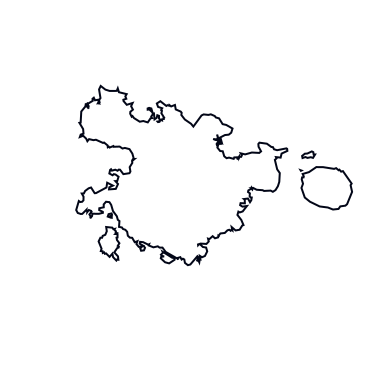 Nosy-Be, Diana, Madagascar, rotated 303°
{"feature_id": "10022922B66036521727834", "entity_name": "Nosy-Be", "entity_type": "district", "adm_level": 2, "iso_a3": "MDG", "parent_name": "Madagascar", "parent_adm1": "Diana", "projection": "orthographic", "projection_center": [48.268, -13.349], "detail": "fine", "context": "isolated", "style": "outline", "palette": "ink", "viewbox_px": 384, "rotation_deg": 303, "n_neighbors": 0, "source": "geoboundaries", "source_scale": "gbopen_adm2", "svg_char_len": 6079}
<svg xmlns="http://www.w3.org/2000/svg" viewBox="0 0 384 384"><g transform="rotate(303 192 192)"><path d="M214.4,59.1L209.5,56.7L209.7,55.3L208.3,57.6L207.9,56.0L206.9,56.9L206.8,58.6L205.7,60.0L207.0,55.4L205.6,56.0L199.2,55.3L189.6,60.8L188.7,59.9L185.5,66.4L181.9,69.2L179.5,67.4L177.0,68.0L179.9,70.1L179.1,74.2L177.6,76.6L180.3,76.9L181.8,81.1L183.5,83.0L184.7,90.7L185.6,91.3L185.1,95.8L183.7,97.0L184.7,97.5L184.4,98.7L187.7,101.0L187.2,101.6L190.7,106.6L190.6,110.0L192.4,111.7L193.9,116.2L191.7,121.1L188.6,124.6L187.4,124.6L188.3,125.8L185.3,124.9L183.9,126.1L178.9,126.2L175.6,129.2L173.7,129.3L169.6,124.7L171.5,119.5L170.9,118.4L169.3,118.0L168.9,115.5L166.3,113.2L167.0,111.7L165.9,111.3L162.5,112.6L162.8,116.3L164.4,116.7L165.0,118.4L164.8,122.1L160.5,123.3L159.4,121.8L158.4,125.6L153.1,126.4L149.0,121.0L150.9,120.1L154.3,122.2L153.6,115.8L149.2,117.8L138.8,112.1L138.0,111.0L140.8,104.9L138.8,103.3L134.7,101.8L131.9,102.1L130.7,100.4L129.0,103.6L125.9,105.5L124.0,105.2L122.7,103.7L122.8,102.0L113.8,104.7L112.2,107.6L113.0,110.7L113.9,111.9L119.5,113.1L118.6,113.5L119.3,114.5L118.2,115.1L120.7,115.3L121.2,117.7L120.8,118.5L117.3,118.2L116.2,120.3L114.5,121.0L117.4,121.3L119.5,120.3L123.1,125.9L126.0,128.6L126.8,128.0L126.3,124.0L127.9,123.1L131.1,126.3L133.5,124.7L137.0,125.2L138.5,128.3L137.2,131.2L133.0,136.1L130.7,142.2L128.3,144.9L128.1,147.0L123.0,149.8L124.1,152.6L123.4,154.2L124.0,156.7L123.3,159.3L120.4,162.0L119.9,164.7L121.0,166.8L118.7,171.3L121.0,173.0L118.1,173.7L117.0,177.2L119.4,179.9L116.5,179.3L115.0,181.3L116.9,183.5L119.6,183.0L120.4,181.0L120.2,176.3L121.9,175.6L123.3,178.3L124.0,184.0L124.8,184.5L123.6,184.8L124.6,189.8L127.8,192.9L127.7,195.1L129.3,197.5L127.4,202.6L128.2,216.2L127.6,217.2L128.9,215.9L131.0,217.7L129.7,220.1L131.1,220.7L131.2,222.3L128.7,224.7L128.4,228.4L130.3,230.1L141.1,231.5L140.8,232.8L136.5,233.8L138.5,233.9L137.0,236.4L139.8,235.1L140.0,235.8L142.7,233.4L142.7,235.9L145.4,237.7L150.5,237.1L153.1,234.1L151.8,231.0L152.5,227.6L152.0,226.3L150.7,226.1L151.3,225.6L153.4,227.3L156.3,232.4L159.6,233.0L161.6,230.9L161.9,232.2L166.2,233.4L165.7,236.5L168.2,238.6L169.5,238.0L169.2,239.2L169.8,238.1L172.7,238.4L175.5,241.8L179.2,242.6L180.6,243.8L180.5,245.5L181.9,245.7L181.8,246.7L184.2,244.4L183.5,249.5L186.3,252.5L191.2,252.4L192.3,253.2L195.4,248.6L197.5,242.6L200.8,241.6L200.9,243.2L203.3,245.1L210.2,245.7L207.2,242.3L207.2,239.5L209.1,238.8L211.3,242.5L214.3,240.4L214.4,239.4L217.0,242.5L215.0,246.2L217.4,246.2L219.9,245.1L219.3,244.0L219.9,242.6L222.4,241.3L222.5,239.0L224.0,238.4L227.2,239.9L226.9,241.2L227.2,241.1L227.8,239.7L228.1,239.6L227.6,240.8L228.3,241.3L228.1,240.2L228.7,240.9L229.1,245.0L232.0,250.3L232.1,251.8L236.0,257.2L236.2,259.7L239.1,261.0L243.6,260.9L248.0,259.7L255.7,255.3L257.4,251.1L264.1,244.0L266.2,244.6L267.0,243.4L269.1,247.6L273.0,246.2L278.4,249.6L280.0,248.3L280.0,247.4L273.4,240.6L272.5,237.5L273.7,235.5L273.0,234.0L273.3,228.5L270.1,221.7L268.4,221.5L266.2,223.2L263.7,227.8L261.4,227.1L257.7,220.7L252.5,216.1L251.0,211.9L250.0,213.8L248.3,214.1L247.5,212.8L246.4,212.9L247.4,212.2L243.8,212.1L246.2,211.7L244.0,208.6L242.5,208.9L241.0,204.3L239.2,202.6L239.5,199.6L242.9,195.6L241.7,193.3L243.1,189.1L245.6,188.4L246.0,187.5L245.1,187.2L245.7,186.5L247.7,186.5L246.5,187.5L248.1,190.0L248.9,189.5L248.6,187.7L250.6,187.1L249.7,186.0L248.4,183.2L248.0,180.9L250.9,187.0L249.1,188.4L249.3,190.5L252.6,186.8L250.6,184.1L251.9,184.0L253.1,182.4L253.9,181.8L251.2,184.9L257.7,188.6L260.1,191.6L263.1,192.6L267.3,191.4L266.9,184.2L265.6,180.7L268.5,174.6L267.5,171.4L268.1,169.7L267.4,165.5L265.6,163.8L263.4,159.5L261.4,158.3L247.6,157.5L248.7,154.1L248.9,146.5L250.8,141.1L252.8,140.2L253.3,138.8L252.4,133.4L255.7,130.3L252.4,127.9L252.6,125.6L251.9,125.8L251.4,124.1L250.2,123.6L250.9,116.0L247.1,114.3L244.9,117.2L246.0,121.4L243.9,121.5L243.7,122.6L241.4,123.4L238.8,129.0L239.0,127.6L237.9,128.6L236.4,127.1L235.7,127.8L235.4,126.4L233.1,126.5L232.1,125.4L232.3,124.7L233.4,125.9L235.1,126.1L235.7,124.3L237.9,122.8L237.5,121.1L235.0,122.0L232.5,121.0L237.2,117.3L236.5,116.4L239.9,112.4L239.2,110.2L237.9,109.3L236.9,110.0L238.0,111.2L237.2,115.4L236.0,116.8L233.1,116.7L232.2,118.2L231.2,117.1L226.3,117.0L225.0,112.5L222.5,109.9L222.4,103.1L223.3,100.7L222.3,100.4L224.0,97.5L225.7,96.6L228.9,97.6L230.8,94.2L234.3,93.7L229.6,89.8L231.0,85.0L232.0,84.2L234.4,86.1L235.9,84.0L238.5,83.9L235.9,76.4L238.5,73.3L235.8,73.8L231.9,67.9L230.7,63.6L231.2,57.7L227.4,58.2L220.9,64.1L218.6,64.0L217.1,65.4L216.5,65.6L216.3,65.4L216.3,64.8L215.2,64.8L215.6,65.3L215.5,65.6L215.1,64.8L216.2,64.6L216.8,65.4L217.8,63.5L218.6,63.4L216.1,60.7L217.6,58.3L216.0,57.8L214.4,59.1ZM272.4,279.3L267.4,275.0L265.9,277.3L265.0,277.6L264.2,276.4L262.4,277.1L259.4,280.6L255.0,281.6L248.8,289.6L248.1,296.2L249.4,306.9L253.0,314.4L254.1,319.8L257.6,324.1L260.7,324.2L264.1,328.1L266.3,328.7L279.3,326.2L284.1,321.3L286.0,321.3L291.7,307.2L290.3,306.0L291.0,303.5L290.1,303.1L290.5,299.9L288.8,298.6L284.2,288.3L280.6,282.7L272.4,279.3ZM118.7,144.6L115.9,139.1L112.7,141.9L108.9,142.6L106.6,141.0L104.7,141.5L103.8,140.1L99.7,140.6L95.2,147.0L92.8,147.7L93.6,149.3L92.3,150.4L93.5,151.2L92.7,152.6L93.7,153.4L92.7,158.2L96.9,158.8L94.4,161.3L93.3,165.9L94.7,166.0L95.1,167.1L97.7,165.0L99.1,159.7L104.2,159.8L105.4,160.7L106.3,160.4L106.3,159.1L109.5,159.0L110.9,155.2L112.6,153.6L113.3,154.3L116.1,152.5L115.1,150.7L116.5,151.1L116.1,150.2L117.6,149.6L118.1,147.3L119.0,147.3L118.0,146.3L118.7,144.6ZM126.1,211.2L125.9,199.9L125.3,200.8L122.5,200.1L122.0,201.4L122.8,203.7L120.8,201.5L119.4,201.9L118.4,207.7L119.7,211.7L125.7,214.3L127.1,213.4L126.1,211.2ZM287.1,267.8L285.6,265.8L282.2,264.7L280.7,266.2L283.1,268.1L283.5,270.3L285.9,272.7L286.5,274.9L290.5,274.8L289.7,273.6L291.5,272.0L291.3,270.4L287.1,267.8ZM128.0,134.1L125.5,134.7L126.0,136.8L126.6,136.1L127.6,136.8L126.4,137.8L126.7,138.7L128.0,137.9L127.7,137.0L129.3,137.4L130.2,136.2L128.0,134.1ZM269.1,271.8L269.6,272.1L269.4,271.2L269.1,271.8Z" fill="none" stroke="#020617" stroke-width="2"/></g></svg>